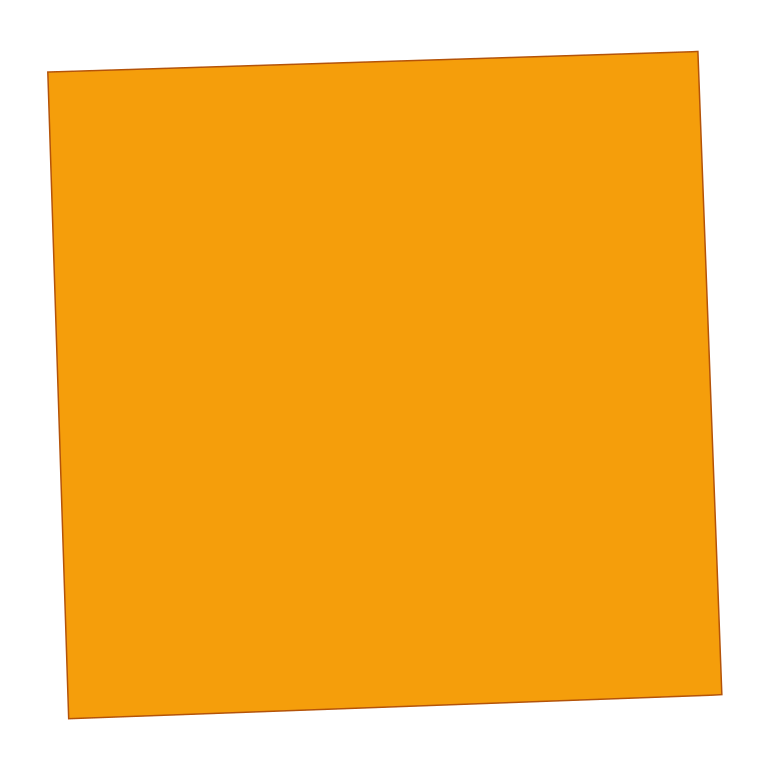 Carson, Texas, United States of America, rotated 88°
{"feature_id": "52423323B89233879615837", "entity_name": "Carson", "entity_type": "district", "adm_level": 2, "iso_a3": "USA", "parent_name": "United States of America", "parent_adm1": "Texas", "projection": "albers", "projection_center": [-101.316, 35.404], "detail": "fine", "context": "isolated", "style": "filled", "palette": "amber", "viewbox_px": 768, "rotation_deg": 88, "n_neighbors": 0, "source": "geoboundaries", "source_scale": "gbopen_adm2", "svg_char_len": 247}
<svg xmlns="http://www.w3.org/2000/svg" viewBox="0 0 768 768"><g transform="rotate(88 384 384)"><path d="M707.5,710.8L706.4,66.3L706.2,57.2L62.6,58.7L62.7,64.4L60.5,709.1L707.5,710.8Z" fill="#f59e0b" stroke="#b45309" stroke-width="1.5"/></g></svg>